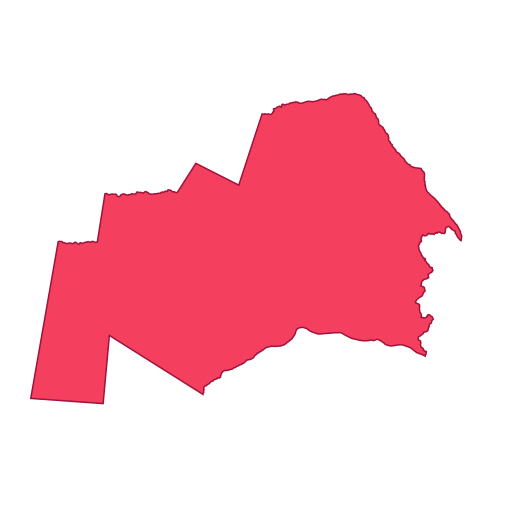 San Carlos, Mendoza, Argentina (Albers equal-area conic projection), rotated 189°
{"feature_id": "61730980B94822321270328", "entity_name": "San Carlos", "entity_type": "district", "adm_level": 2, "iso_a3": "ARG", "parent_name": "Argentina", "parent_adm1": "Mendoza", "projection": "albers", "projection_center": [-69.724, -34.081], "detail": "fine", "context": "isolated", "style": "filled", "palette": "rose", "viewbox_px": 512, "rotation_deg": 189, "n_neighbors": 0, "source": "geoboundaries", "source_scale": "gbopen_adm2", "svg_char_len": 5971}
<svg xmlns="http://www.w3.org/2000/svg" viewBox="0 0 512 512"><g transform="rotate(189 256 256)"><path d="M456.2,80.1L383.9,86.3L388.4,154.6L286.7,111.0L286.8,112.0L286.3,113.1L286.7,114.9L286.4,116.0L287.2,118.0L286.8,118.7L285.7,119.9L284.7,120.2L284.1,121.2L282.3,122.6L280.6,125.2L280.1,125.2L278.6,126.1L278.7,126.7L277.6,127.5L276.4,127.9L275.6,128.9L274.9,129.0L274.7,129.8L273.5,129.7L272.9,129.9L272.0,131.2L272.2,132.3L271.8,133.8L271.6,135.4L270.2,137.1L269.2,138.0L268.6,137.9L267.6,138.4L265.1,138.9L264.1,139.8L262.0,140.4L260.4,142.1L258.9,142.7L257.8,144.1L256.3,144.7L255.8,145.1L255.6,145.7L254.0,146.3L251.7,148.1L250.4,149.3L249.2,151.3L248.2,152.0L245.3,153.0L243.5,154.3L242.6,155.2L241.2,158.0L239.9,159.0L240.0,159.7L239.7,160.2L238.2,160.7L237.6,161.8L236.3,162.4L235.0,164.0L234.0,164.5L232.9,166.1L231.3,167.3L226.6,169.3L222.5,169.8L217.1,171.2L214.0,172.9L207.7,179.6L205.5,184.2L205.1,185.7L204.8,188.4L204.1,190.2L202.6,191.5L200.6,192.4L198.1,192.8L194.6,192.3L191.9,190.8L189.5,189.9L183.0,188.7L181.0,188.9L167.6,192.2L161.1,193.5L158.7,193.1L155.3,191.7L148.6,189.6L140.5,189.0L137.4,189.0L133.4,189.6L130.9,190.3L129.5,191.0L126.4,190.9L123.7,192.6L121.8,192.5L118.8,191.4L116.5,190.3L114.4,188.9L110.4,188.2L107.9,188.4L102.1,190.3L99.1,191.0L97.1,191.1L90.1,189.8L88.2,189.1L82.4,185.8L79.4,185.1L76.9,184.8L73.2,183.5L73.3,184.9L72.8,185.4L72.8,188.1L73.2,188.5L74.0,188.4L75.9,189.1L75.8,189.5L76.3,190.5L77.4,191.4L78.8,191.9L79.7,194.2L79.6,195.7L80.2,197.8L81.1,198.0L82.8,199.0L82.8,200.0L83.1,200.9L82.9,201.4L81.9,202.4L81.3,202.6L81.0,203.2L79.0,205.1L78.2,207.2L76.5,207.6L74.9,208.7L74.4,210.1L74.4,212.3L73.9,213.3L74.3,214.7L73.7,216.0L72.3,217.3L72.3,219.5L71.1,221.2L71.3,221.8L72.3,223.3L73.0,223.8L73.9,224.0L75.2,224.9L76.5,225.1L77.0,224.8L77.9,223.0L78.0,222.2L79.0,221.5L79.8,221.2L83.4,221.3L83.1,222.0L83.5,223.8L84.1,224.9L85.5,226.4L85.8,228.0L86.5,229.4L86.4,231.8L86.9,232.8L87.0,233.7L91.1,234.9L91.2,236.1L90.4,237.8L87.9,240.9L86.1,242.0L85.3,243.6L84.8,246.3L83.5,247.8L84.3,249.6L84.5,250.6L85.1,251.4L86.0,251.8L88.7,252.3L88.3,253.9L88.2,256.9L87.7,257.3L86.4,259.3L84.0,260.1L82.1,261.6L82.5,263.0L83.1,264.1L83.1,264.8L82.0,265.6L81.5,266.4L79.8,267.5L79.6,268.4L79.0,269.2L79.4,270.3L80.1,270.9L80.1,272.0L82.3,272.2L83.8,273.9L83.9,274.4L85.9,275.6L87.4,277.3L87.9,277.4L88.4,278.4L88.7,278.5L88.1,279.1L88.7,280.0L89.7,280.1L90.6,280.6L91.9,282.2L92.7,282.6L93.7,284.8L95.8,287.3L95.9,287.9L96.4,288.9L96.4,289.7L97.1,291.0L97.1,291.9L96.4,292.9L96.6,294.1L96.1,294.6L96.0,295.8L94.9,296.1L95.1,297.4L95.8,298.3L95.1,301.3L95.1,302.1L94.7,302.4L94.6,302.7L92.5,302.3L90.8,302.9L89.9,303.8L89.8,304.9L89.3,305.3L88.6,304.9L87.9,305.2L86.9,304.9L86.6,305.3L86.1,305.2L85.3,305.4L83.5,305.2L82.8,306.6L82.1,306.5L81.6,307.2L80.5,307.0L80.3,307.7L79.2,308.2L77.5,308.1L76.3,307.4L75.8,307.6L73.4,307.7L72.8,309.0L73.1,313.3L71.9,314.4L70.4,315.3L68.3,314.4L68.0,313.7L67.3,313.5L66.8,312.9L66.4,312.9L64.1,311.8L63.2,311.9L62.7,309.6L61.8,309.0L59.8,306.1L56.5,303.4L55.8,303.3L55.9,307.8L57.6,310.7L57.9,312.1L61.8,317.3L63.0,318.6L63.9,318.8L64.3,319.5L65.8,320.7L66.1,321.3L68.7,323.3L70.7,325.3L71.4,327.3L72.4,328.3L73.2,328.6L74.1,329.6L76.6,330.4L77.0,331.4L77.6,331.8L78.7,332.1L78.8,332.7L80.6,333.5L80.8,334.3L82.3,335.1L82.7,336.1L84.2,337.0L84.5,337.5L86.4,339.1L89.4,341.3L93.4,343.6L95.5,345.4L96.1,345.6L97.8,347.3L98.5,348.9L99.3,349.9L99.4,351.5L100.3,352.5L100.1,353.2L100.9,355.0L100.8,356.0L101.9,357.5L101.7,358.6L102.0,359.3L102.1,362.0L102.3,363.1L103.1,364.8L105.3,366.5L106.7,368.3L112.8,368.0L117.1,368.8L118.3,370.2L120.5,370.6L122.4,372.2L123.5,372.7L123.6,373.3L124.6,374.8L128.7,377.5L130.0,379.2L131.8,380.2L133.6,380.8L134.9,382.9L136.7,384.0L137.0,384.7L138.7,385.6L138.8,387.1L140.5,388.2L141.2,388.9L141.2,389.5L142.0,389.9L142.8,390.6L143.4,392.4L143.3,393.3L144.5,396.2L145.7,397.4L147.3,397.9L148.9,400.8L149.5,401.1L150.8,403.0L153.1,404.0L155.0,405.2L155.7,406.2L156.0,408.4L156.5,409.5L157.3,410.8L158.7,411.5L160.3,415.0L161.6,415.4L162.9,416.6L164.1,417.3L165.2,420.2L166.8,421.2L168.5,423.7L171.4,426.8L172.4,427.1L174.0,429.2L176.4,429.7L177.2,430.8L180.2,431.4L182.6,431.4L183.4,431.9L184.5,431.7L186.7,430.7L187.9,430.9L189.1,430.0L190.5,430.1L191.0,429.9L192.8,430.3L194.5,429.7L194.9,429.9L197.5,429.0L198.4,429.0L200.4,427.7L202.1,427.3L203.3,426.5L205.2,426.0L208.2,423.9L210.7,421.3L211.4,421.2L212.4,421.5L214.9,421.0L216.2,421.1L220.6,418.5L224.1,417.3L228.8,417.0L234.6,414.1L236.9,413.6L238.6,414.4L241.1,414.4L242.5,413.5L243.2,413.6L244.5,412.9L246.5,412.3L247.8,411.0L249.5,410.7L250.3,410.0L250.9,409.7L253.2,410.1L254.0,409.8L254.1,407.7L254.4,407.0L255.6,407.6L256.3,407.6L258.5,406.3L259.1,405.1L261.4,404.3L261.8,403.9L260.9,401.6L261.3,401.1L261.9,400.8L262.0,400.0L262.6,399.0L263.4,398.2L264.4,398.0L266.0,398.3L267.7,397.6L269.3,397.9L270.4,397.3L272.2,397.3L284.1,323.3L329.9,338.1L343.6,306.6L345.1,306.0L345.9,306.4L347.1,306.7L347.8,306.3L348.7,306.4L350.2,307.5L352.7,307.7L353.5,307.3L353.6,306.3L353.9,305.9L355.7,305.9L356.9,304.6L358.2,304.6L359.7,304.0L360.3,302.9L362.3,302.7L363.8,301.9L365.4,301.8L368.1,300.7L371.1,300.7L372.7,301.8L375.4,302.4L377.1,300.7L378.0,300.5L380.2,300.8L380.8,300.5L382.8,300.6L383.8,300.4L384.1,298.9L385.2,298.3L387.2,297.9L388.4,298.1L390.3,296.8L391.1,296.7L392.8,295.9L396.2,296.7L398.4,295.8L399.3,294.7L399.7,293.7L400.7,293.2L402.0,293.2L402.5,293.5L403.4,294.8L404.4,295.2L405.9,294.7L407.6,294.8L411.2,293.4L413.4,294.4L414.9,293.8L414.9,244.9L415.9,244.8L417.0,244.3L419.1,244.9L420.1,244.8L421.8,243.7L422.6,243.6L423.7,244.0L427.2,242.7L429.5,241.2L431.4,241.7L432.0,241.4L432.0,240.8L432.3,240.3L432.9,240.0L433.6,240.0L436.2,241.4L437.4,240.9L438.6,239.6L439.7,239.4L441.2,239.8L443.9,239.2L444.3,238.8L445.6,238.5L446.8,239.1L447.8,239.2L448.4,238.9L450.1,240.0L451.6,239.6L452.5,239.8L453.6,239.2L456.2,80.1Z" fill="#f43f5e" stroke="#9f1239" stroke-width="1.5"/></g></svg>